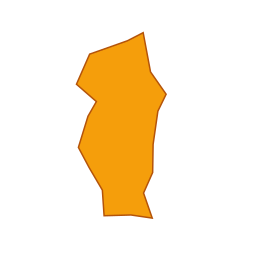 the district of Anageia, Nicosia, Cyprus, rotated 221°
{"feature_id": "46923920B76121655134993", "entity_name": "Anageia", "entity_type": "district", "adm_level": 2, "iso_a3": "CYP", "parent_name": "Cyprus", "parent_adm1": "Nicosia", "projection": "mercator", "projection_center": [33.24, 35.076], "detail": "fine", "context": "isolated", "style": "filled", "palette": "amber", "viewbox_px": 256, "rotation_deg": 221, "n_neighbors": 0, "source": "geoboundaries", "source_scale": "gbopen_adm2", "svg_char_len": 384}
<svg xmlns="http://www.w3.org/2000/svg" viewBox="0 0 256 256"><g transform="rotate(221 128 128)"><path d="M50.6,75.9L73.6,89.1L80.2,110.6L98.3,132.1L116.5,160.3L121.4,178.5L147.8,185.1L179.1,209.9L185.7,193.4L205.4,158.6L195.6,127.2L169.2,127.2L165.9,110.6L152.7,80.8L131.3,72.6L106.6,64.3L88.5,46.1L68.7,64.3L50.6,75.9Z" fill="#f59e0b" stroke="#b45309" stroke-width="1.5"/></g></svg>